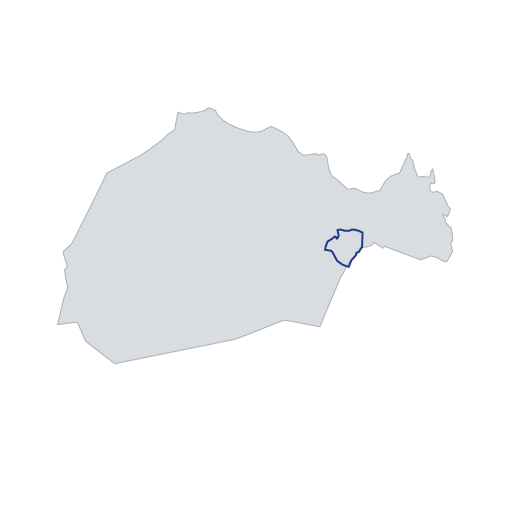 location of Tillia, Tahoua, Niger, rotated 203°
{"feature_id": "23599985B40327375212482", "entity_name": "Tillia", "entity_type": "district", "adm_level": 2, "iso_a3": "NER", "parent_name": "Niger", "parent_adm1": "Tahoua", "projection": "robinson", "projection_center": [4.569, 15.899], "detail": "fine", "context": "in_parent", "style": "outline", "palette": "blue", "viewbox_px": 512, "rotation_deg": 203, "n_neighbors": 0, "source": "geoboundaries", "source_scale": "gbopen_adm2", "svg_char_len": 3947}
<svg xmlns="http://www.w3.org/2000/svg" viewBox="0 0 512 512"><g transform="rotate(203 256 256)"><path d="M384.0,357.9L379.9,357.9L377.5,358.7L374.6,361.3L371.2,362.3L367.2,364.5L364.7,366.3L362.3,367.7L359.0,371.2L357.9,373.8L354.6,374.3L350.0,373.9L347.1,371.2L340.3,368.5L335.9,367.4L333.9,367.0L323.5,366.6L312.4,367.6L306.8,368.9L305.8,369.2L302.6,370.9L300.0,372.7L292.8,381.2L283.4,380.9L277.8,380.0L273.0,378.7L266.3,374.7L258.0,368.7L254.8,367.8L252.0,367.4L251.0,367.4L241.2,373.5L239.3,373.3L236.9,374.0L235.4,375.5L234.3,376.3L233.1,376.4L231.5,376.0L230.0,375.1L228.5,373.4L224.4,366.7L223.6,365.6L221.8,363.6L218.9,360.5L216.9,359.1L215.7,358.7L214.3,358.9L206.4,356.3L198.5,353.5L196.7,353.8L195.5,354.4L192.7,356.5L189.5,356.9L185.4,356.7L183.2,356.4L179.6,357.1L177.1,357.9L174.0,359.4L169.9,363.2L168.7,363.7L167.7,364.3L166.3,374.8L165.2,378.0L163.2,382.1L159.1,386.1L156.3,388.5L156.2,391.8L156.0,397.1L155.9,400.8L156.1,403.1L155.6,404.3L155.4,405.3L155.6,406.9L156.3,407.6L156.7,408.6L156.4,409.4L155.1,410.3L153.6,407.9L151.7,406.2L149.7,405.5L148.3,404.3L147.6,402.6L144.9,399.3L138.7,392.8L138.0,392.6L137.0,392.3L135.2,393.1L134.2,394.2L133.4,394.6L132.3,394.7L129.3,395.5L126.9,396.6L126.9,397.4L128.0,402.4L127.4,405.0L126.4,403.8L123.0,398.8L120.6,395.1L120.2,394.3L119.9,393.0L120.1,392.5L121.1,392.1L123.2,391.6L123.6,391.2L123.7,390.2L123.4,388.3L122.2,385.7L121.0,384.1L120.3,383.7L119.0,383.7L117.6,383.9L114.9,386.0L113.8,386.3L111.0,386.2L108.6,385.8L107.1,384.7L102.8,380.6L97.9,376.2L95.9,375.6L95.4,375.2L95.1,371.8L95.2,367.8L95.5,366.7L97.5,367.4L99.7,367.7L100.4,366.9L98.6,365.5L96.2,364.0L95.3,361.8L94.5,361.1L93.4,360.3L92.2,359.9L90.9,359.3L90.0,358.6L88.6,358.4L87.1,357.9L84.9,354.3L82.8,350.9L81.5,348.2L81.1,346.5L81.7,343.7L81.1,342.6L78.7,339.8L76.8,337.2L77.3,333.1L77.7,329.7L77.7,327.6L78.0,326.4L78.3,325.0L79.6,324.6L83.0,324.6L89.5,325.2L94.7,324.5L95.0,324.4L98.7,320.8L102.8,316.9L108.9,316.6L115.5,316.2L120.8,316.0L128.4,315.7L134.5,315.4L141.6,315.2L141.8,313.4L142.2,313.0L142.9,312.9L148.2,313.8L153.1,314.7L153.5,311.4L157.8,307.3L160.2,306.5L160.8,305.7L161.6,304.3L162.1,302.2L162.3,300.6L163.2,299.4L163.9,297.0L164.7,292.9L167.2,288.6L168.6,282.8L168.8,277.1L169.0,272.8L169.8,271.9L169.7,264.3L169.7,256.6L169.7,250.2L169.7,242.1L169.7,235.0L169.7,227.4L169.6,220.5L169.6,215.9L174.6,214.8L179.7,213.7L187.2,212.0L195.3,210.3L204.1,208.3L206.1,207.1L212.7,200.5L215.7,197.6L221.7,191.6L226.3,187.1L232.1,181.3L238.3,175.4L243.2,170.7L251.0,165.5L262.6,157.5L274.3,149.5L285.9,141.6L297.5,133.6L309.1,125.6L320.7,117.7L332.3,109.7L343.8,101.7L355.6,104.7L366.8,107.6L378.0,110.5L380.7,112.1L386.7,117.8L394.4,125.1L394.8,125.2L395.1,125.2L402.4,120.9L411.8,115.3L414.5,130.4L416.6,143.4L416.9,151.6L417.0,153.8L417.8,155.2L419.6,156.7L426.9,168.6L425.4,170.7L426.6,174.4L428.4,176.0L434.5,183.1L435.2,184.5L434.9,185.6L431.0,194.0L430.3,196.0L429.6,206.7L429.2,214.2L428.5,224.6L427.7,236.9L427.1,247.4L426.3,261.2L425.6,274.2L419.7,281.4L409.3,294.1L400.8,304.5L396.5,311.4L388.3,324.9L384.6,333.7L381.7,338.3L380.2,340.2L381.6,346.6L384.0,357.9Z" fill="#d9dde1" stroke="#a8b0b8" stroke-width="1"/><path d="M167.2,319.2L172.5,319.3L173.5,318.8L175.7,318.9L177.1,317.9L177.9,317.9L179.3,316.4L180.4,315.5L184.5,313.8L187.4,313.6L189.2,313.1L191.1,311.5L188.0,307.4L187.9,306.7L187.9,304.4L188.6,303.6L189.6,304.6L191.0,304.8L192.4,302.1L195.0,298.3L195.8,297.3L195.6,292.4L194.8,288.7L191.1,289.6L190.0,289.9L189.1,290.1L188.5,290.1L187.7,289.7L186.4,288.8L185.9,288.3L185.0,287.8L183.0,286.1L181.3,284.7L180.1,283.8L179.2,283.2L176.9,282.7L173.5,281.9L169.5,281.9L167.9,282.2L166.4,282.2L166.5,289.7L165.7,291.5L165.3,293.0L164.3,295.9L164.4,296.5L164.8,297.7L164.5,298.5L163.7,299.3L163.3,299.4L162.9,300.1L162.7,301.5L162.5,303.7L161.8,305.6L162.7,307.4L163.4,310.0L163.7,310.3L165.5,315.2L166.1,316.6L167.2,319.2Z" fill="none" stroke="#1e3a8a" stroke-width="2"/></g></svg>